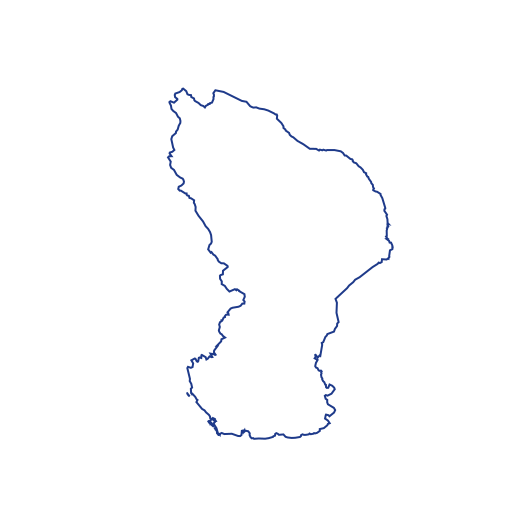 the district of Aceh Tamiang, Aceh, Indonesia, rotated 143°
{"feature_id": "22746128B57620394058931", "entity_name": "Aceh Tamiang", "entity_type": "district", "adm_level": 2, "iso_a3": "IDN", "parent_name": "Indonesia", "parent_adm1": "Aceh", "projection": "natural_earth1", "projection_center": [98.154, 4.204], "detail": "fine", "context": "isolated", "style": "outline", "palette": "blue", "viewbox_px": 512, "rotation_deg": 143, "n_neighbors": 0, "source": "geoboundaries", "source_scale": "gbopen_adm2", "svg_char_len": 6120}
<svg xmlns="http://www.w3.org/2000/svg" viewBox="0 0 512 512"><g transform="rotate(143 256 256)"><path d="M377.0,208.4L378.3,207.8L382.7,197.6L384.2,196.0L384.6,192.9L386.2,189.4L387.9,189.2L390.3,185.6L390.3,184.1L389.7,184.2L389.3,180.1L389.7,177.1L389.4,176.2L391.5,175.2L391.1,166.3L390.0,163.7L390.0,161.2L389.2,157.5L389.3,155.6L390.3,153.7L389.6,152.4L388.0,152.6L387.1,150.9L387.8,150.7L387.2,150.3L387.4,148.4L388.4,149.0L388.8,148.1L390.3,147.9L390.8,147.1L391.2,142.3L392.0,140.2L392.4,142.1L392.1,142.5L392.4,142.5L392.0,143.4L392.6,143.2L392.7,139.6L393.8,137.8L393.5,137.1L393.5,138.0L392.9,138.6L393.3,137.8L392.9,136.8L393.3,136.2L391.8,135.7L392.4,135.1L392.4,135.5L393.3,135.7L393.7,137.2L393.6,135.6L392.4,135.0L391.5,135.6L389.9,135.3L388.5,132.9L382.3,128.6L378.6,123.0L377.0,121.7L375.3,121.8L372.5,124.9L371.5,124.5L372.1,122.9L370.1,123.7L370.6,122.7L369.5,122.8L367.7,120.7L367.7,118.2L368.9,116.8L369.4,114.5L369.1,112.9L367.9,112.3L367.6,111.2L363.6,108.6L358.7,104.6L355.5,102.9L351.3,101.3L350.7,101.6L348.9,101.1L347.8,102.3L346.4,102.3L345.6,100.9L345.3,99.4L341.5,97.0L341.2,93.8L340.0,92.1L337.1,89.3L334.2,87.3L329.8,85.0L328.5,85.1L327.8,85.8L326.2,85.6L325.3,84.2L323.7,83.1L321.2,81.8L320.1,82.0L319.5,80.7L316.8,79.4L316.2,79.6L315.3,78.6L313.6,78.0L310.3,77.9L309.2,79.4L305.4,77.7L300.9,77.9L299.7,78.6L297.8,78.1L297.6,81.3L298.7,84.6L296.1,86.9L295.5,87.2L293.9,85.2L293.8,83.8L287.9,84.0L285.5,85.3L285.2,87.8L287.8,94.3L287.2,96.3L285.7,98.2L286.3,100.1L285.2,102.9L283.9,102.9L282.9,101.4L278.6,100.6L273.3,102.2L272.8,103.8L273.2,106.5L274.6,109.1L277.6,107.3L278.8,108.0L279.0,109.0L277.7,111.1L278.1,111.7L277.4,114.1L277.7,115.6L277.4,117.6L276.7,118.3L276.7,119.7L275.5,122.1L274.4,122.7L274.1,123.7L273.0,124.3L273.1,125.4L274.4,126.1L274.8,127.0L274.4,129.4L275.2,130.8L275.0,132.4L272.4,134.6L269.4,135.9L270.7,139.0L269.2,139.4L267.9,142.0L267.8,137.7L265.1,138.3L264.8,137.5L256.6,145.2L255.8,147.0L254.2,146.7L249.3,149.6L247.3,149.9L246.0,150.7L239.2,148.7L236.8,150.3L233.4,151.3L231.8,153.2L229.8,153.5L225.9,162.2L219.5,170.0L218.3,173.9L202.6,175.5L199.4,176.4L194.1,176.6L191.1,177.4L186.0,176.7L169.6,177.0L163.6,176.5L162.0,176.9L161.3,175.8L159.3,175.5L157.3,177.6L153.8,174.6L152.3,174.6L151.9,174.0L151.2,174.7L150.0,175.0L149.7,175.8L145.6,179.9L143.0,179.4L141.6,180.7L141.8,181.0L140.8,182.3L140.1,185.4L141.2,186.3L140.6,188.0L141.5,191.1L140.5,190.7L140.8,191.9L140.3,192.3L140.4,193.3L139.4,193.4L136.3,197.7L134.7,198.9L134.7,199.5L132.8,199.9L133.0,200.8L132.1,201.1L132.0,202.2L131.5,202.7L130.9,201.9L131.0,203.2L128.9,206.3L127.8,209.5L126.5,210.1L126.3,214.8L125.3,216.0L124.2,216.1L123.8,216.7L120.3,226.2L119.8,229.7L119.2,230.6L120.6,234.4L121.7,235.6L122.8,238.0L122.2,238.7L121.2,238.9L121.0,240.7L119.9,242.5L120.1,244.7L119.5,245.9L119.4,249.9L118.8,251.6L119.3,252.4L119.0,254.9L118.2,255.8L119.3,257.9L118.8,260.6L119.2,263.8L120.0,265.9L120.1,269.7L121.6,272.0L121.6,273.7L121.1,274.1L121.0,275.3L122.2,276.7L123.5,281.9L124.7,282.9L124.5,285.9L125.3,288.6L129.5,293.3L135.6,297.9L136.5,298.0L138.3,300.4L139.4,300.5L141.0,302.5L142.2,302.3L143.5,305.4L148.5,309.2L150.9,316.7L153.6,322.9L154.8,328.4L155.7,330.1L156.1,332.5L155.5,334.4L156.8,338.3L156.4,339.3L157.0,341.7L156.0,343.1L155.7,347.0L156.7,353.1L154.5,355.5L154.3,356.6L155.2,357.2L155.8,359.1L158.7,364.8L161.1,368.2L164.6,371.7L166.4,374.6L168.8,376.1L169.8,377.7L170.5,379.2L170.8,384.9L174.0,388.4L183.1,406.5L188.7,412.8L192.1,411.7L192.6,410.0L193.7,408.7L194.3,408.6L195.5,406.9L198.8,405.0L201.0,405.8L201.5,405.3L202.7,406.1L203.1,405.7L205.7,406.1L207.4,405.4L207.8,407.5L209.3,409.7L209.8,412.8L211.4,416.4L211.5,417.5L210.7,419.1L212.0,421.9L211.1,423.6L212.5,424.9L213.4,426.4L212.5,429.6L213.4,433.5L214.2,433.8L215.5,433.0L218.3,432.9L222.7,434.3L224.0,433.5L225.0,431.5L224.3,428.8L224.7,428.2L229.2,427.8L231.2,431.1L232.4,431.1L232.8,430.6L233.4,427.3L235.0,424.3L234.8,421.6L233.8,418.3L234.5,414.2L234.0,411.8L235.1,409.3L236.4,407.8L239.2,406.6L242.5,404.1L245.0,403.5L246.0,402.4L250.8,402.1L253.3,400.3L256.9,392.5L257.4,389.8L260.1,389.6L262.6,390.5L263.3,389.9L263.4,386.5L265.3,387.9L266.9,387.7L267.3,382.7L269.8,380.4L270.7,377.5L269.7,374.1L270.5,368.5L269.3,364.3L268.0,361.9L268.1,360.6L268.8,358.7L270.2,357.5L273.2,357.2L276.0,357.8L277.8,356.3L277.6,354.1L276.7,353.5L274.8,348.5L273.8,347.7L274.5,346.6L274.4,345.6L273.4,344.5L274.2,342.4L273.1,341.1L271.9,337.7L273.6,335.9L273.7,334.4L274.7,331.5L277.1,328.6L277.7,322.6L277.5,315.5L278.3,310.1L277.9,306.5L278.3,302.8L279.3,299.7L282.8,294.0L284.4,293.0L286.5,292.8L290.2,290.1L290.2,285.9L289.2,285.9L289.2,282.8L288.4,280.8L288.5,276.5L288.9,276.0L289.1,274.0L288.1,271.1L286.1,269.5L284.7,265.3L285.1,264.3L285.8,264.2L291.2,264.1L293.5,261.3L295.9,262.1L296.7,261.9L298.4,259.4L298.6,256.3L300.3,254.2L298.9,250.9L299.1,247.3L298.6,243.6L292.8,242.2L292.3,240.5L291.2,240.8L290.3,238.4L290.6,238.1L288.2,232.5L289.5,230.2L292.6,228.5L292.5,226.5L294.0,225.0L295.6,226.2L298.3,225.5L300.5,226.0L305.9,228.8L307.9,229.3L312.6,228.2L312.5,227.0L313.2,225.6L314.5,226.8L315.4,227.1L317.0,226.7L317.5,225.9L318.9,226.3L321.7,224.8L322.3,225.4L322.9,224.7L324.6,224.8L326.7,223.4L327.6,221.1L330.4,219.0L330.9,217.8L331.1,215.4L330.5,214.2L330.5,212.0L329.8,209.5L333.7,210.3L335.2,208.8L341.6,207.8L341.0,207.2L346.3,205.7L347.6,204.4L347.7,201.5L348.2,201.6L348.6,202.7L351.1,205.4L351.7,201.6L352.3,201.9L353.5,203.8L356.4,203.0L357.9,203.2L357.1,205.5L358.8,209.6L359.3,209.6L361.1,207.5L362.1,208.9L362.9,209.1L365.4,206.8L366.2,206.6L366.7,207.5L366.2,210.4L366.6,211.0L370.4,211.6L370.8,208.1L373.5,205.5L375.3,205.9L377.0,208.4ZM393.7,150.5L392.5,144.9L392.2,148.1L392.8,148.5L392.2,148.6L392.4,150.4L392.8,150.3L392.9,149.5L393.2,151.1L392.6,150.9L393.0,151.8L392.6,152.0L392.2,151.6L391.4,151.9L393.2,152.4L393.6,153.4L393.7,150.5ZM388.0,152.2L388.8,151.6L388.6,150.4L388.0,150.5L387.7,151.2L388.0,152.2ZM393.5,187.8L393.8,186.9L393.8,185.1L393.7,184.6L393.4,183.9L393.6,186.8L393.3,187.7L392.6,187.8L393.5,187.8Z" fill="none" stroke="#1e3a8a" stroke-width="2"/></g></svg>